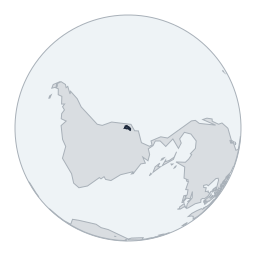 globe centered on Cajamarca, rotated 128°
{"feature_id": "PER-578", "entity_name": "Cajamarca", "entity_type": "Department", "adm_level": 1, "iso_a3": "PER", "parent_name": "Peru", "parent_adm1": "", "projection": "orthographic", "projection_center": [-78.825, -6.177], "detail": "fine", "context": "on_globe", "style": "filled", "palette": "slate", "viewbox_px": 256, "rotation_deg": 128, "n_neighbors": 0, "source": "natural_earth", "source_scale": "10m", "svg_char_len": 7217}
<svg xmlns="http://www.w3.org/2000/svg" viewBox="0 0 256 256"><g transform="rotate(128 128 128)"><circle cx="128" cy="128" r="113" fill="#eef3f6" stroke="#a8b0b8"/><path d="M67.4,33.0L68.7,32.2L71.1,30.8L70.7,31.0L77.9,27.1L85.3,23.8L93.0,20.9L93.7,21.2L99.5,19.8L106.3,20.6L107.9,19.9L111.5,20.2L114.7,19.6L115.1,20.2L117.3,19.2L116.4,18.8L117.0,18.3L118.8,18.0L119.6,18.6L118.8,18.9L120.0,19.0L119.6,19.5L120.8,19.1L121.5,20.1L123.5,18.7L126.3,19.3L126.0,20.1L122.6,20.5L113.4,24.5L112.1,26.0L113.7,27.6L124.1,29.2L124.1,31.0L126.7,33.1L128.3,31.7L126.9,29.6L130.5,27.9L128.3,25.9L129.5,25.1L128.7,23.2L132.5,23.1L136.7,24.2L137.6,25.9L139.5,26.5L141.7,24.9L146.3,28.4L154.4,31.6L155.2,32.7L151.2,34.6L143.5,34.4L138.4,38.1L145.5,35.5L147.3,39.0L149.2,39.7L151.3,39.5L152.1,38.2L153.5,39.6L147.0,42.3L145.6,41.1L147.7,40.2L144.1,40.3L139.7,42.7L141.0,44.6L133.0,47.4L133.8,49.0L132.5,50.6L131.8,47.9L133.0,53.0L123.8,59.3L125.2,69.3L119.7,61.7L115.2,61.0L109.8,61.4L109.9,63.0L102.6,62.3L96.2,66.3L94.0,74.7L96.7,80.9L104.8,80.6L107.1,76.8L113.0,75.7L109.0,85.9L119.3,86.9L118.4,94.6L121.4,98.5L126.5,97.4L131.9,99.2L135.6,94.6L141.5,92.1L141.8,98.5L145.0,92.7L148.4,95.8L160.3,95.8L159.4,97.2L169.4,105.1L179.9,109.1L182.3,114.0L181.1,116.9L184.7,118.0L184.7,120.0L198.6,124.2L205.3,129.9L204.9,136.9L198.8,144.3L192.2,161.0L180.9,165.7L177.3,172.5L167.3,182.2L160.6,181.0L161.8,186.3L157.5,189.1L152.9,189.2L151.5,192.7L148.1,192.7L150.0,195.1L143.8,199.6L144.7,203.5L140.0,207.1L140.7,209.4L139.2,209.3L137.4,210.1L137.0,211.3L132.7,209.2L132.2,204.1L134.3,201.6L132.3,201.1L136.9,194.6L134.4,195.9L136.2,186.0L140.2,177.9L144.0,154.6L141.8,149.9L133.4,144.6L123.3,127.9L126.1,121.1L123.9,118.0L131.3,108.4L129.2,99.8L126.6,98.6L124.0,101.9L114.8,96.8L111.5,90.6L83.4,82.4L80.5,79.6L80.5,74.7L71.8,60.7L75.3,74.3L71.7,71.9L69.1,67.3L70.8,65.8L69.3,59.0L66.2,57.0L66.7,49.1L74.1,38.9L75.0,40.0L76.7,37.8L75.7,36.4L74.6,36.1L79.1,29.3L77.1,28.0L72.8,30.0L76.6,28.0L66.0,33.9L65.4,34.4L67.4,33.0ZM24.2,89.1L25.0,86.7L25.0,87.8L24.2,89.1ZM25.2,85.5L25.0,86.2L25.1,85.6L25.2,85.5ZM25.1,85.2L25.2,85.4L25.1,85.2ZM24.9,85.2L25.1,85.1L24.9,85.2ZM124.8,72.9L136.6,77.8L130.0,78.6L131.2,77.6L128.2,75.5L122.6,73.7L116.8,75.1L124.8,72.9ZM24.9,84.4L24.9,84.2L25.1,83.8L24.9,84.4ZM129.8,67.1L127.7,66.7L129.7,66.6L129.8,67.1ZM73.8,36.3L75.4,36.6L75.5,38.4L73.9,38.2L73.8,36.3ZM74.0,33.4L75.3,33.0L73.3,35.0L73.2,34.6L74.0,33.4ZM69.3,32.0L70.2,31.6L68.5,32.5L69.3,32.0ZM126.6,23.4L127.6,23.3L127.2,23.7L126.6,23.4ZM125.3,22.8L124.1,23.3L123.3,23.1L124.0,22.8L125.3,22.8ZM126.9,22.2L122.0,22.7L120.7,22.4L122.3,21.0L126.9,22.2ZM115.3,18.8L116.4,19.2L113.8,19.2L115.3,18.8ZM113.5,18.9L104.7,20.1L104.0,19.5L107.1,19.1L104.8,18.9L108.8,17.9L111.0,17.9L110.6,18.4L112.4,17.7L113.5,18.9ZM117.1,18.1L115.4,18.3L114.7,17.7L118.0,17.3L117.1,17.6L117.1,18.1ZM102.3,19.3L102.3,19.0L105.6,18.1L106.0,17.9L108.9,17.9L102.3,19.3ZM118.2,17.5L119.7,17.1L121.7,17.1L118.7,17.9L118.2,17.5ZM113.1,17.8L112.9,17.6L114.1,17.6L113.1,17.8ZM129.5,17.4L127.4,17.4L126.9,17.1L129.5,17.4ZM120.1,16.9L119.4,16.9L119.0,16.9L120.3,16.6L120.1,16.9ZM111.0,17.4L112.3,17.1L110.0,17.3L112.3,16.8L113.8,17.0L114.1,16.7L114.8,16.6L115.2,16.9L111.0,17.4ZM120.3,16.3L123.0,16.6L126.9,16.5L127.5,16.7L121.1,16.8L120.3,16.3ZM117.3,16.6L119.3,16.4L119.0,16.6L117.5,16.9L117.3,16.6ZM113.4,16.5L109.4,17.2L109.2,17.2L113.4,16.5ZM121.5,16.1L120.8,16.1L121.8,16.1L121.5,16.1ZM115.9,16.3L114.5,16.5L114.4,16.5L115.9,16.3ZM120.6,15.9L121.5,16.0L120.5,16.1L120.6,15.9ZM118.5,16.0L118.6,15.9L119.6,16.1L117.9,16.1L118.5,16.0ZM116.0,16.2L115.4,16.3L116.6,16.2L116.0,16.2ZM124.0,15.5L125.5,15.7L123.2,16.0L122.1,15.7L124.0,15.5ZM139.8,213.7L132.9,209.9L136.9,211.6L140.1,209.8L143.5,212.6L139.8,213.7ZM149.1,208.9L152.5,208.0L153.2,208.7L151.0,209.5L149.1,208.9ZM209.1,49.9L209.5,50.3L215.9,58.9L215.4,59.5L212.6,57.5L205.1,48.5L207.1,48.3L204.4,45.6L199.6,41.7L200.6,42.2L198.8,40.7L199.2,40.7L196.9,38.9L203.2,44.2L209.1,49.9ZM231.3,172.8L235.9,160.2L237.2,155.7L234.6,164.4L231.3,172.8ZM240.0,140.4L240.5,129.7L240.4,121.7L240.1,118.1L239.9,118.6L239.2,114.3L238.7,114.0L234.1,115.5L231.0,109.9L223.5,93.9L223.1,87.9L220.2,81.0L215.4,59.7L217.6,61.2L217.8,60.0L222.7,67.0L227.0,74.3L230.8,82.0L234.0,89.9L236.6,98.0L238.5,106.4L239.9,114.8L240.5,123.3L240.6,131.8L240.0,140.4ZM220.8,70.4L221.8,72.4L220.8,70.4ZM160.6,95.7L162.1,97.0L160.2,97.0L160.6,95.7ZM129.1,81.1L131.6,81.2L132.9,82.1L131.0,82.4L129.1,81.1ZM149.7,81.2L152.5,81.8L149.6,82.2L149.7,81.2ZM138.4,78.5L147.5,81.0L141.9,82.7L136.1,81.3L140.1,80.7L138.4,78.5ZM128.7,70.4L130.3,70.8L129.9,71.9L128.7,70.4ZM131.2,67.0L130.6,67.1L129.8,66.3L131.2,67.0ZM147.7,38.8L148.3,38.7L150.5,38.9L149.5,39.4L147.7,38.8ZM159.6,36.8L161.6,39.1L159.5,37.7L158.6,38.7L153.1,37.2L155.3,33.3L155.3,35.2L159.6,36.8ZM146.3,34.7L149.6,35.8L145.9,34.8L146.3,34.7ZM189.0,33.9L190.5,34.7L192.5,36.2L192.9,37.3L190.0,35.0L189.0,33.9ZM192.2,35.7L185.4,31.3L184.8,30.8L186.3,31.8L186.6,31.9L189.1,33.5L195.3,37.7L197.4,39.3L197.0,39.7L196.0,38.5L194.5,37.7L192.2,35.7ZM168.8,24.2L165.9,23.1L168.5,23.2L171.0,24.3L171.6,25.1L169.0,24.4L168.8,24.2ZM130.7,19.9L129.4,20.1L129.2,19.9L130.1,19.5L130.7,19.9ZM128.6,17.5L136.2,19.1L135.1,19.3L140.9,20.5L140.2,21.6L136.5,20.7L140.3,22.6L136.7,22.3L139.6,23.6L131.4,21.6L128.2,21.7L132.0,21.1L132.7,20.0L132.0,19.6L127.9,18.5L121.5,18.5L121.2,17.7L122.7,17.2L124.2,17.1L123.9,17.6L126.1,17.1L126.8,17.7L128.6,17.5ZM148.5,17.2L150.0,17.5L149.9,17.5L151.2,17.8L152.5,18.1L154.3,18.5L154.6,18.7L156.7,19.3L155.7,19.1L159.3,20.1L156.8,19.5L158.2,20.1L159.9,20.4L157.5,22.2L158.4,24.0L160.6,26.0L155.9,25.1L150.9,22.9L146.4,20.5L146.1,19.1L144.1,19.2L143.3,18.6L145.3,18.8L141.8,18.2L141.8,17.8L137.7,16.7L132.9,16.4L131.3,16.2L133.1,16.1L130.2,15.9L132.7,15.8L131.6,15.6L133.0,15.5L137.2,15.7L135.7,15.6L148.5,17.2ZM124.5,15.5L129.4,15.4L132.2,15.5L128.7,15.7L129.3,15.8L127.2,16.4L123.1,16.3L124.1,16.1L125.4,16.1L124.4,15.9L125.7,15.7L125.3,15.6L127.0,15.6L124.5,15.5Z" fill="#d9dde1" stroke="#a8b0b8" stroke-width="1"/><path d="M127.5,125.7L127.7,125.4L127.8,125.4L127.8,125.2L128.0,125.0L128.2,124.9L128.3,124.9L128.3,125.1L128.4,125.3L128.5,125.5L128.4,125.7L128.4,125.9L128.3,126.0L128.4,126.4L128.4,126.6L128.4,126.8L128.2,126.9L128.2,127.0L128.1,127.3L128.2,127.5L128.4,127.7L128.4,127.8L128.5,127.8L128.8,128.0L128.9,128.3L129.0,128.4L129.1,128.5L129.3,128.6L129.5,128.9L129.6,129.1L129.6,129.3L129.6,129.5L129.7,129.8L129.8,130.0L129.9,130.3L130.0,130.4L130.1,130.5L129.9,130.5L129.8,130.8L129.7,130.9L129.5,131.0L129.4,131.0L129.4,130.9L129.2,131.0L128.9,131.0L128.9,130.9L128.7,130.9L128.5,130.7L128.4,130.7L128.3,130.8L128.2,130.8L128.2,130.7L127.9,130.8L127.7,130.8L127.7,131.0L127.5,130.9L127.5,130.7L127.4,130.5L127.3,130.4L127.2,130.4L126.9,130.3L126.9,130.2L127.0,130.2L127.0,129.9L127.0,129.6L127.0,129.4L127.2,129.2L127.3,129.2L127.2,129.0L127.0,128.9L126.9,128.8L126.9,128.7L126.8,128.4L126.9,128.2L127.1,128.2L127.1,127.9L127.2,127.7L126.9,127.7L127.0,127.5L126.9,127.4L126.9,127.2L126.9,126.9L126.9,126.7L127.0,126.7L127.0,126.4L126.9,126.3L126.9,126.2L127.0,125.9L127.1,125.7L127.3,125.6L127.5,125.6L127.5,125.7Z" fill="#64748b" stroke="#1e293b" stroke-width="1.5"/></g></svg>